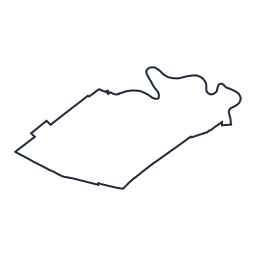 Maia, Ialomita, Romania (Robinson projection)
{"feature_id": "2599482B2212352130600", "entity_name": "Maia", "entity_type": "district", "adm_level": 2, "iso_a3": "ROU", "parent_name": "Romania", "parent_adm1": "Ialomita", "projection": "robinson", "projection_center": [26.407, 44.741], "detail": "fine", "context": "isolated", "style": "outline", "palette": "slate", "viewbox_px": 256, "rotation_deg": 0, "n_neighbors": 0, "source": "geoboundaries", "source_scale": "gbopen_adm2", "svg_char_len": 3244}
<svg xmlns="http://www.w3.org/2000/svg" viewBox="0 0 256 256"><path d="M122.9,188.7L123.1,188.6L126.0,185.7L129.7,182.0L129.8,182.0L132.5,179.5L133.5,178.8L139.3,174.3L143.7,170.7L143.8,170.7L154.3,162.5L154.6,162.5L155.5,161.9L161.8,157.4L168.7,152.5L171.2,150.7L174.0,148.7L178.0,145.9L183.1,142.2L190.8,136.6L191.6,137.3L197.2,135.5L200.4,134.4L201.2,134.2L202.9,133.6L204.5,133.0L205.7,132.5L207.3,132.4L208.3,131.2L209.3,130.5L210.7,130.3L213.0,128.4L214.9,126.9L217.3,125.4L221.9,122.1L222.0,125.3L231.1,124.6L231.0,124.2L230.6,120.6L230.3,117.9L229.5,115.1L229.1,113.4L228.8,111.9L229.0,111.2L229.5,109.5L231.0,108.1L232.9,107.1L234.8,106.2L236.3,105.3L237.7,104.3L238.8,103.1L239.9,101.7L240.0,101.3L240.4,100.1L240.6,99.1L240.6,98.0L240.3,96.8L239.5,94.9L238.7,93.9L237.7,93.0L236.2,91.8L233.9,90.6L231.5,89.5L229.4,88.6L227.9,88.1L226.6,87.7L225.5,86.8L224.5,85.9L223.9,85.1L223.0,84.3L221.8,83.7L220.6,83.8L219.4,84.2L218.4,85.0L218.1,86.1L217.6,87.6L217.1,89.5L216.9,90.6L216.4,91.6L215.5,92.6L214.4,93.3L213.3,94.0L211.7,94.4L210.4,94.3L209.5,94.1L208.2,93.2L207.3,92.3L206.4,90.7L206.3,89.5L206.2,88.2L206.4,86.6L206.2,84.5L205.9,83.0L204.9,81.4L204.5,80.6L202.5,78.2L200.7,77.1L197.2,75.5L193.1,75.4L185.9,76.5L181.4,77.7L177.9,78.4L173.3,78.2L168.7,77.4L166.7,76.4L164.0,74.7L162.6,73.6L161.4,72.3L158.6,69.8L156.5,68.6L155.2,67.7L153.4,67.3L151.3,67.3L149.9,67.7L149.0,68.1L147.8,68.8L146.6,70.3L146.3,70.9L146.3,72.2L146.7,73.9L147.8,76.0L149.5,79.2L150.4,80.5L151.2,81.7L151.8,83.0L152.6,84.6L153.3,85.9L154.4,87.5L154.9,88.1L156.5,90.0L157.6,91.4L158.4,92.8L158.9,95.4L158.9,96.3L158.8,97.3L158.5,98.1L157.6,98.7L156.7,98.8L154.9,98.7L153.3,98.1L152.2,97.6L150.4,96.4L148.5,94.9L144.6,92.9L141.6,91.6L140.0,91.1L138.8,90.8L136.1,90.6L132.5,90.5L131.0,90.5L127.6,91.1L125.6,91.5L123.1,92.3L122.0,92.7L119.5,93.5L118.7,93.6L118.8,94.0L116.9,94.5L116.6,94.5L114.3,94.2L112.1,93.2L111.1,92.8L110.7,92.5L110.3,92.2L108.1,93.9L107.4,93.2L107.8,92.1L108.1,91.1L107.4,90.6L106.4,91.1L105.7,91.9L104.7,91.4L103.3,91.1L103.0,91.0L101.7,90.4L100.6,89.9L99.6,89.4L99.1,89.3L98.7,89.4L98.2,89.7L94.2,92.8L93.5,93.4L92.6,94.0L91.0,95.1L89.6,96.2L89.2,96.4L88.5,96.1L87.9,95.8L61.3,116.3L54.9,121.4L50.6,124.8L46.5,120.8L31.1,133.3L34.8,136.8L26.1,143.5L25.6,143.9L22.3,146.4L19.0,148.9L17.9,149.8L16.6,150.8L15.8,151.5L15.4,151.8L17.3,153.0L18.6,153.7L20.9,154.9L23.4,156.2L26.1,157.6L26.7,157.9L27.4,158.3L28.0,158.6L28.6,158.9L29.1,159.2L30.0,159.7L30.5,160.0L30.9,160.3L31.5,160.6L32.3,161.0L33.0,161.5L33.3,161.7L33.9,162.0L34.3,162.2L34.5,162.3L35.1,162.6L36.5,163.2L37.6,163.8L38.6,164.3L39.4,164.7L40.1,165.1L40.9,165.5L42.0,166.0L42.7,166.4L43.5,166.8L45.0,167.6L46.6,168.4L47.0,168.6L47.9,169.1L48.6,169.5L49.4,169.9L50.0,170.2L50.8,170.5L51.1,170.7L51.9,171.1L53.0,171.4L54.9,172.4L57.0,173.6L57.9,174.1L60.7,175.5L62.4,176.3L62.6,176.3L64.2,176.8L64.8,176.9L65.4,177.1L67.9,177.4L67.9,177.5L68.4,177.6L69.7,177.8L73.3,178.5L81.7,180.6L83.8,181.1L85.3,181.5L86.1,181.7L86.9,181.9L87.6,182.1L89.2,182.5L89.9,182.6L91.4,183.1L93.1,183.5L97.5,184.6L98.1,184.8L98.1,184.2L98.2,183.6L98.3,183.2L98.7,183.2L100.5,183.9L104.5,184.9L106.6,185.4L117.0,187.8L119.8,188.3L122.9,188.7Z" fill="none" stroke="#1e293b" stroke-width="2"/></svg>